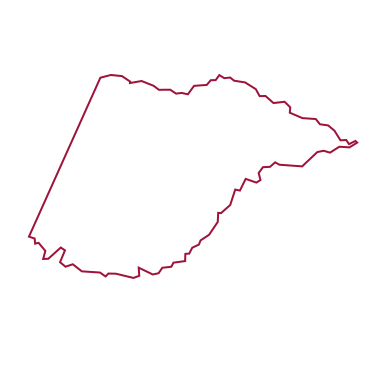 outline of Nacogdoches, Texas, United States of America, rotated 294°
{"feature_id": "52423323B39218063073671", "entity_name": "Nacogdoches", "entity_type": "district", "adm_level": 2, "iso_a3": "USA", "parent_name": "United States of America", "parent_adm1": "Texas", "projection": "mercator", "projection_center": [-94.585, 31.535], "detail": "fine", "context": "isolated", "style": "outline", "palette": "rose", "viewbox_px": 384, "rotation_deg": 294, "n_neighbors": 0, "source": "geoboundaries", "source_scale": "gbopen_adm2", "svg_char_len": 1223}
<svg xmlns="http://www.w3.org/2000/svg" viewBox="0 0 384 384"><g transform="rotate(294 192 192)"><path d="M84.9,61.2L85.5,67.2L81.0,69.7L83.2,72.5L78.5,82.0L70.3,83.3L72.6,87.9L87.9,94.7L87.0,99.7L74.2,100.0L72.3,106.8L77.5,112.5L74.7,123.6L81.0,140.7L79.7,147.4L83.5,148.8L86.4,155.7L89.7,173.5L94.0,177.9L101.2,174.1L100.7,189.7L104.2,194.5L110.7,195.7L115.3,203.5L119.9,203.8L126.1,213.8L132.8,211.1L134.6,214.5L141.2,214.9L146.8,219.7L151.2,219.5L159.9,225.0L175.1,227.7L183.6,224.4L184.5,227.1L195.7,232.2L211.8,230.5L212.8,235.2L225.8,235.7L226.8,247.0L230.8,249.7L236.4,245.2L243.5,246.7L246.7,253.0L252.9,255.9L252.5,260.8L260.2,282.2L279.4,290.2L283.2,295.4L284.1,302.1L293.3,308.2L296.8,317.7L304.3,322.8L305.1,320.5L299.6,316.0L302.2,311.7L299.6,306.6L305.9,297.3L308.2,289.3L305.9,281.3L309.0,275.4L304.4,262.8L304.2,249.1L309.3,247.3L312.1,239.9L306.4,230.2L309.6,220.1L307.1,214.8L311.9,208.5L313.7,195.9L310.8,185.2L312.1,180.3L309.1,175.2L309.9,169.4L303.8,168.1L301.8,163.7L295.8,161.9L289.8,150.7L279.6,148.5L278.3,142.3L275.4,137.4L276.6,130.5L271.9,120.2L273.4,113.7L272.9,100.8L266.3,91.0L267.7,90.6L269.4,80.9L265.8,70.1L259.1,61.8L84.9,61.2Z" fill="none" stroke="#9f1239" stroke-width="2"/></g></svg>